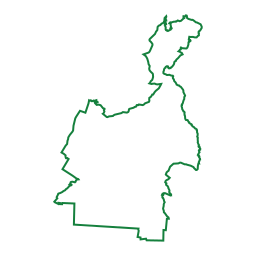 the district of Ghidfalau, Covasna, Romania
{"feature_id": "2599482B32628699176432", "entity_name": "Ghidfalau", "entity_type": "district", "adm_level": 2, "iso_a3": "ROU", "parent_name": "Romania", "parent_adm1": "Covasna", "projection": "albers", "projection_center": [25.894, 45.924], "detail": "fine", "context": "isolated", "style": "outline", "palette": "green", "viewbox_px": 256, "rotation_deg": 0, "n_neighbors": 0, "source": "geoboundaries", "source_scale": "gbopen_adm2", "svg_char_len": 5798}
<svg xmlns="http://www.w3.org/2000/svg" viewBox="0 0 256 256"><path d="M165.8,230.2L166.9,218.8L168.8,218.7L168.5,217.5L166.9,216.1L164.9,213.2L163.9,212.3L163.8,210.8L163.1,208.8L163.1,208.4L163.7,205.9L163.7,204.7L164.0,203.4L164.7,202.2L164.0,200.9L163.9,199.9L163.1,198.0L162.7,197.9L162.4,197.5L162.3,195.0L162.0,194.9L162.5,193.9L163.4,194.6L164.0,193.1L165.2,193.2L170.0,195.3L170.1,194.6L170.4,194.3L171.1,194.8L171.1,194.4L169.4,192.6L169.2,191.8L169.5,191.0L169.4,190.2L168.3,188.0L168.3,187.3L167.4,185.8L166.4,185.2L166.1,184.7L166.1,183.9L166.4,183.3L165.2,182.3L165.5,181.2L166.4,180.2L168.4,179.2L169.7,177.8L166.0,174.8L165.8,174.5L166.6,172.4L167.6,171.4L168.5,170.8L170.1,166.7L173.5,163.7L178.4,163.4L179.8,162.7L180.9,162.7L184.6,164.3L186.1,164.3L187.0,164.7L190.7,165.7L193.5,167.1L194.3,168.4L195.0,168.9L195.8,169.9L196.7,170.0L197.7,169.0L197.9,165.7L198.4,163.5L198.8,162.9L199.0,163.0L198.8,162.1L199.3,161.2L199.5,160.3L199.8,159.6L200.1,159.5L200.0,158.6L199.1,157.3L199.1,156.3L198.7,156.0L199.1,155.9L198.7,155.3L198.4,155.6L198.3,155.4L198.4,154.7L198.1,154.5L199.0,152.8L199.5,152.3L199.0,151.1L199.5,150.3L199.1,150.1L199.3,149.8L199.7,150.0L200.2,149.7L200.3,148.8L200.0,148.5L199.6,147.0L199.0,147.1L198.7,146.9L198.5,146.2L199.0,145.1L198.6,144.7L197.7,142.3L197.9,141.8L197.7,139.6L197.8,137.9L197.6,137.7L197.7,137.3L197.2,136.5L197.6,135.5L197.7,133.8L197.1,132.5L197.0,130.3L196.6,130.0L196.7,129.4L195.8,128.7L195.0,128.4L193.8,127.0L192.6,126.4L191.8,125.3L191.8,124.8L191.4,124.8L191.2,124.1L189.3,123.1L189.0,122.5L189.1,122.2L188.5,121.8L187.6,120.1L186.0,120.0L185.6,119.5L185.2,118.6L185.0,116.0L184.5,114.9L184.6,114.3L184.4,113.8L184.6,112.3L184.2,111.7L183.4,111.4L183.1,110.5L182.3,109.4L182.0,107.4L181.6,106.6L181.6,105.3L182.0,105.2L182.0,104.2L182.6,103.7L183.6,100.2L184.2,99.2L184.3,97.0L184.7,96.5L185.1,95.6L183.4,92.1L183.4,90.8L183.1,89.8L180.8,86.8L180.2,86.6L178.9,85.4L178.4,85.5L176.6,84.6L176.2,83.5L175.4,82.2L174.3,81.2L173.8,79.3L173.0,78.5L172.8,77.8L173.2,76.2L172.8,75.7L171.3,75.6L169.4,74.8L167.5,75.0L166.6,74.9L165.8,74.3L164.3,73.9L163.4,73.1L163.4,71.8L163.9,70.6L164.1,69.2L164.6,68.3L165.5,67.7L165.7,66.9L166.9,66.2L167.6,66.3L168.1,66.5L168.1,66.9L167.9,67.1L168.6,68.2L169.2,68.4L169.9,68.0L170.6,68.1L171.0,67.4L171.7,67.1L172.7,66.0L173.8,64.5L174.2,63.3L174.3,62.1L175.5,60.9L175.9,60.9L176.3,59.7L178.1,58.1L180.4,55.4L182.6,54.4L181.7,52.8L180.7,52.5L179.8,51.7L178.6,51.3L179.5,50.5L179.8,49.8L180.6,49.5L181.1,48.8L180.7,48.0L181.0,47.5L182.1,48.2L186.1,48.5L186.6,48.4L187.4,47.5L188.4,44.6L188.5,42.3L188.9,41.8L189.0,41.3L189.3,40.8L189.6,41.6L190.5,40.9L190.5,40.5L190.1,39.9L188.8,39.5L189.3,36.8L190.7,37.0L192.9,36.9L194.8,37.4L196.6,37.4L197.9,35.9L198.8,35.4L198.7,35.0L199.0,33.8L198.5,33.0L198.7,32.6L198.6,31.8L199.1,31.2L199.4,31.2L199.6,30.7L200.2,30.4L201.7,27.9L201.7,26.6L200.6,24.3L197.0,22.5L195.9,22.3L193.3,20.2L192.4,19.8L191.6,19.9L188.4,18.9L187.1,18.0L186.9,16.1L186.7,15.6L186.2,15.4L185.8,15.4L185.6,16.5L183.5,16.2L183.4,17.2L184.0,18.2L183.7,18.3L181.0,20.8L179.7,21.2L177.7,20.5L176.5,21.4L176.1,21.3L175.8,21.7L173.8,21.7L171.1,22.5L170.5,22.3L169.8,22.6L169.5,23.1L170.8,23.1L170.5,24.6L171.0,26.6L170.9,27.2L171.7,28.2L171.7,28.4L171.5,28.6L170.9,28.1L170.4,28.2L170.3,28.5L170.6,28.8L170.6,29.6L168.1,30.9L167.8,30.6L167.3,30.8L167.1,30.2L166.0,30.1L165.6,29.3L165.7,27.2L165.2,26.3L165.2,25.4L164.8,25.0L165.0,24.6L166.1,24.2L166.0,23.5L165.3,23.6L165.4,23.4L165.2,21.3L165.7,20.7L167.2,20.5L165.7,20.5L165.8,20.2L165.6,19.7L165.8,19.3L165.6,18.8L165.8,17.9L166.3,16.8L166.2,16.3L164.6,18.0L164.4,19.8L164.5,20.6L163.9,21.6L163.7,22.7L161.5,23.7L160.3,25.1L159.2,25.4L157.9,26.5L157.6,27.0L157.4,29.4L157.2,30.3L156.1,31.5L155.0,34.0L150.0,38.8L149.5,39.5L149.5,40.3L149.7,40.8L151.1,42.1L152.4,43.9L152.5,44.9L152.2,45.8L150.0,50.8L149.2,52.1L148.5,52.6L143.5,54.4L145.8,56.1L147.2,58.5L148.2,61.8L148.6,64.2L149.7,66.0L149.2,68.8L149.4,69.7L149.7,70.5L150.8,71.8L152.7,73.6L152.9,74.2L153.1,76.9L152.6,78.8L152.2,79.9L150.7,81.3L150.1,82.7L149.4,83.4L151.6,84.0L152.8,83.7L154.7,83.6L156.0,84.2L157.5,84.4L161.2,83.9L160.8,84.8L158.8,88.4L155.8,90.8L154.6,92.2L153.2,94.5L152.3,94.5L151.0,96.7L149.3,97.9L149.2,99.8L149.4,100.8L148.9,101.9L145.1,103.3L143.9,104.5L142.8,105.1L139.0,104.5L138.8,104.5L138.5,105.1L136.9,105.0L136.5,105.4L136.3,106.4L135.9,106.7L134.5,107.0L133.7,107.7L129.3,108.9L128.9,109.7L128.8,110.7L128.3,111.9L127.4,112.4L126.9,112.6L122.9,112.1L121.4,113.1L114.7,114.7L113.5,115.4L112.9,116.0L109.0,116.4L107.5,117.1L106.7,117.0L102.9,113.8L103.5,113.4L104.4,111.5L103.9,110.1L104.6,109.0L104.5,108.7L103.0,108.2L100.6,105.2L98.6,104.6L96.7,104.9L95.0,103.1L94.8,102.6L95.0,102.3L97.1,102.4L97.6,102.2L97.5,101.8L96.3,101.6L96.3,100.2L95.4,100.5L94.9,101.1L94.7,100.7L94.0,101.0L93.6,100.6L92.6,101.1L91.6,101.2L91.3,101.0L91.3,100.6L90.7,100.3L89.8,100.7L89.1,100.3L88.5,103.4L85.4,112.7L80.0,110.8L76.2,116.7L75.3,118.3L73.5,125.7L73.1,130.5L72.5,131.6L69.9,134.8L68.3,137.4L68.1,139.2L67.5,140.7L67.1,144.0L65.6,145.7L61.5,152.5L63.6,153.7L65.4,155.2L65.6,155.4L65.5,156.8L66.0,158.2L66.4,158.3L67.2,158.0L68.6,159.0L62.5,169.2L72.6,175.7L76.6,178.6L78.3,179.1L78.5,179.4L76.7,179.6L75.8,180.8L75.6,181.7L74.9,182.3L72.5,181.7L71.1,181.9L70.6,182.3L70.3,183.6L69.7,184.3L71.4,184.5L71.6,184.8L71.4,185.2L69.5,185.9L67.2,188.4L65.9,189.2L65.2,190.2L63.2,191.2L62.5,191.9L60.3,193.0L58.4,193.6L58.1,194.0L58.1,194.4L56.7,197.1L56.7,197.5L57.3,198.3L54.3,201.7L54.7,202.2L58.2,203.9L58.4,202.8L59.9,203.0L59.8,204.1L62.1,204.2L62.2,203.0L74.4,203.5L73.9,224.6L138.4,228.6L138.2,229.2L138.7,230.8L137.6,237.0L140.5,237.5L140.6,239.4L146.0,238.7L146.6,240.3L163.3,240.6L163.5,230.0L165.8,230.2Z" fill="none" stroke="#15803d" stroke-width="2"/></svg>